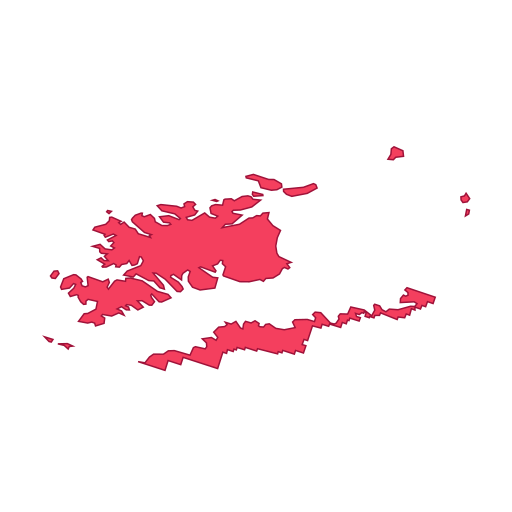 Kodiak Island, Alaska, United States of America (Equal Earth projection), rotated 198°
{"feature_id": "52423323B80008995120080", "entity_name": "Kodiak Island", "entity_type": "district", "adm_level": 2, "iso_a3": "USA", "parent_name": "United States of America", "parent_adm1": "Alaska", "projection": "equal_earth", "projection_center": [-153.82, 57.362], "detail": "fine", "context": "isolated", "style": "filled", "palette": "rose", "viewbox_px": 512, "rotation_deg": 198, "n_neighbors": 0, "source": "geoboundaries", "source_scale": "gbopen_adm2", "svg_char_len": 6154}
<svg xmlns="http://www.w3.org/2000/svg" viewBox="0 0 512 512"><g transform="rotate(198 256 256)"><path d="M221.6,253.5L220.3,255.4L224.3,258.2L220.6,260.8L234.0,262.5L237.0,265.1L240.3,271.6L241.4,280.0L240.6,287.9L249.4,290.1L256.6,294.7L257.1,301.3L262.7,298.9L264.2,295.5L267.9,294.6L270.9,291.2L274.4,289.9L281.5,281.1L296.9,272.5L295.0,276.7L288.7,279.2L281.8,290.6L291.0,289.5L292.6,290.8L291.7,292.5L285.1,294.9L275.1,301.4L268.9,310.6L276.4,309.0L279.0,310.8L282.3,310.7L287.6,308.3L293.7,301.8L297.1,302.8L303.0,300.5L303.9,299.6L303.5,294.0L310.4,292.4L313.7,290.0L314.7,287.6L311.9,282.6L304.7,282.1L306.3,279.4L312.2,278.6L318.1,281.1L327.9,270.1L332.3,269.3L334.3,271.2L327.0,276.1L325.3,280.7L328.2,280.5L331.3,283.2L329.4,286.4L332.2,287.9L338.0,286.5L340.6,283.3L339.1,280.9L342.1,278.5L346.8,278.8L362.4,275.5L365.5,273.3L359.5,269.9L346.3,271.0L339.5,268.3L340.4,266.8L351.4,267.4L359.9,263.5L354.4,259.6L348.4,260.8L346.8,259.8L349.6,257.6L354.9,255.9L362.4,257.4L364.2,260.4L369.3,262.8L374.4,258.8L377.0,259.1L377.3,261.6L378.5,261.3L383.4,257.5L385.2,253.8L385.6,252.1L384.1,250.3L369.3,243.9L362.1,244.0L363.7,242.5L362.0,241.0L374.8,240.8L379.2,244.3L385.5,244.1L391.9,247.5L394.5,244.2L396.9,245.3L395.0,247.3L405.2,248.4L407.1,247.5L406.4,244.2L408.7,239.7L418.2,233.6L419.1,230.4L406.3,230.0L406.9,228.8L405.1,227.3L398.5,232.8L395.4,232.3L402.3,225.3L400.5,224.2L397.2,226.0L395.3,224.8L397.3,220.6L393.1,219.9L395.0,217.3L401.7,216.1L407.9,218.9L414.4,214.7L407.1,214.9L405.9,211.7L403.9,210.8L398.1,212.1L400.1,208.8L395.1,205.9L399.1,204.7L402.8,206.4L405.8,203.4L397.3,201.5L399.2,198.6L398.5,198.0L394.9,199.3L389.0,204.9L386.2,204.2L386.1,202.4L382.5,203.2L381.2,206.4L376.6,208.9L375.3,212.5L371.0,208.7L368.6,210.0L366.5,212.0L366.6,219.4L364.8,219.6L361.6,216.6L362.6,211.2L373.8,201.9L376.0,197.0L366.2,198.1L364.5,202.0L350.4,199.5L345.5,200.7L337.6,196.1L332.9,196.2L335.0,199.6L348.6,208.0L345.7,208.8L335.2,205.9L320.1,197.9L316.8,198.7L315.1,202.1L316.9,204.1L321.8,207.2L330.7,209.4L330.9,211.1L328.8,213.1L319.4,210.2L320.6,214.4L320.1,217.0L316.7,221.6L313.8,221.0L314.0,215.2L312.5,211.1L306.7,206.7L298.7,206.4L285.2,212.8L285.6,223.4L290.6,222.4L306.7,227.2L305.3,228.6L289.8,228.0L289.5,229.5L294.3,233.2L290.1,236.6L288.7,240.9L286.2,241.4L285.6,238.3L281.6,236.4L281.6,227.8L280.7,227.0L263.4,226.6L254.5,229.4L245.1,234.9L241.1,234.2L239.7,237.7L233.0,240.4L228.1,246.2L227.0,252.2L225.4,253.9L221.6,253.5ZM102.6,272.5L103.9,269.7L100.2,268.2L99.3,265.7L101.2,264.0L103.7,264.4L105.4,260.2L104.4,256.3L91.4,261.3L88.1,260.4L89.5,257.0L93.4,256.0L104.3,248.8L112.8,246.7L115.2,243.1L119.6,243.9L123.0,246.8L128.2,246.8L128.8,245.4L126.3,241.2L127.5,234.9L136.4,238.1L150.1,236.8L150.9,229.1L158.0,227.0L159.1,224.1L157.6,221.7L159.1,216.7L160.6,215.5L164.5,215.2L176.9,222.1L182.4,220.9L184.0,217.8L180.2,215.7L180.1,211.7L187.6,211.5L199.3,207.4L200.8,204.5L196.6,200.0L206.3,194.6L214.8,193.3L222.4,195.6L225.7,193.9L226.8,190.8L230.4,189.9L232.1,190.4L232.2,192.8L236.9,194.1L240.0,190.8L245.8,190.6L246.8,187.4L246.0,182.6L248.5,182.7L254.9,187.6L258.6,183.6L264.7,183.5L262.3,181.7L264.0,179.2L269.5,176.8L272.7,170.5L267.2,166.8L267.9,163.5L273.2,164.7L281.5,160.6L276.3,158.1L274.8,154.5L275.6,152.0L285.6,151.0L287.2,149.5L288.1,141.3L304.4,140.8L310.1,138.7L313.7,134.0L323.1,131.0L326.1,127.0L328.6,120.1L335.5,119.1L307.2,119.1L307.3,129.4L294.0,129.4L294.0,137.1L257.7,137.1L257.8,154.3L253.9,154.3L254.2,158.1L248.2,158.1L248.2,160.6L245.7,160.6L245.7,163.2L237.9,163.3L237.9,165.8L226.0,165.8L225.9,168.3L205.2,169.6L205.3,171.9L201.4,171.9L201.4,174.5L189.2,174.5L189.2,178.4L180.9,178.4L180.8,186.1L184.7,186.0L184.6,191.5L180.8,191.5L180.7,207.0L172.0,207.5L172.0,211.5L165.2,211.6L165.0,214.0L153.4,214.2L153.4,219.5L149.2,219.4L149.2,223.3L147.6,223.3L147.6,225.9L137.8,226.0L137.7,229.6L141.7,229.5L143.6,232.2L139.7,232.2L137.8,234.9L135.8,234.8L135.9,236.3L133.7,236.4L133.6,232.3L129.2,232.3L129.2,233.6L124.7,233.6L124.6,236.2L120.2,237.7L120.0,240.4L102.1,239.2L102.0,241.9L95.5,243.2L95.2,247.3L91.6,247.2L91.9,253.9L88.1,253.7L89.1,256.5L83.2,256.4L82.9,260.3L79.0,260.2L78.8,265.6L72.9,265.5L72.8,272.2L102.6,272.5ZM323.9,190.0L327.8,192.3L338.8,191.9L356.5,197.2L368.7,196.2L372.9,194.5L372.3,191.6L380.8,190.3L382.7,188.4L386.1,178.9L388.0,180.4L387.3,185.5L389.4,188.3L393.8,184.1L409.4,184.5L410.0,183.6L406.5,175.9L408.7,173.9L412.2,173.9L414.5,176.7L413.1,178.2L415.2,180.1L421.4,182.4L423.7,181.9L431.8,175.0L432.3,166.1L430.6,164.2L423.5,167.9L421.0,173.4L418.7,173.3L419.3,169.1L422.9,162.7L420.1,160.1L414.6,163.8L412.8,163.6L412.5,161.9L408.6,158.3L405.0,156.7L402.9,157.7L403.8,160.5L402.3,162.9L392.7,163.8L391.8,156.0L398.2,149.4L401.6,148.0L404.6,139.0L395.4,140.2L391.8,142.4L388.7,142.3L387.0,139.9L379.7,145.0L380.7,150.2L384.6,151.2L383.9,153.0L374.7,154.3L368.9,159.5L363.2,158.9L366.9,162.2L371.8,162.7L368.3,166.2L362.8,164.7L359.7,165.6L361.5,168.1L364.7,168.3L364.1,169.8L359.4,170.6L351.7,168.2L347.4,172.5L355.0,176.7L350.5,178.3L342.4,176.3L339.9,177.0L338.4,181.2L342.6,184.3L344.0,186.2L343.4,187.7L334.0,182.5L331.5,183.1L323.9,190.0ZM252.7,329.5L254.1,332.5L262.5,334.3L267.7,332.7L283.7,332.8L290.2,328.6L289.4,327.3L277.0,328.2L272.4,322.5L261.7,323.3L256.6,325.5L252.7,329.5ZM218.9,339.5L221.2,342.3L223.7,342.6L232.1,336.0L250.5,328.0L249.7,325.9L246.1,324.1L240.4,323.8L226.6,331.4L218.9,339.5ZM146.5,396.4L148.8,401.5L158.5,402.5L160.4,399.8L159.1,394.3L160.4,388.8L155.1,390.0L153.6,393.1L146.5,396.4ZM70.5,376.6L75.6,380.6L76.3,377.6L79.4,375.6L78.3,372.7L75.7,370.8L71.8,372.8L70.5,376.6ZM439.9,172.6L437.9,178.4L440.1,180.6L443.4,179.2L445.3,173.5L443.3,172.0L439.9,172.6ZM402.4,113.7L408.3,114.4L417.3,111.2L410.8,111.7L405.9,109.5L405.6,112.2L402.4,113.7ZM268.1,315.6L268.6,316.6L278.9,315.9L278.5,313.5L276.7,312.1L268.1,315.6ZM424.1,110.9L423.3,113.9L432.1,113.8L426.4,110.7L424.1,110.9ZM66.7,361.7L67.2,365.5L70.0,365.4L69.2,358.8L66.7,361.7ZM408.9,250.9L407.3,253.8L411.2,253.4L411.7,251.9L408.9,250.9ZM309.2,296.7L312.4,297.1L314.7,295.5L310.3,295.7L309.2,296.7Z" fill="#f43f5e" stroke="#9f1239" stroke-width="1.5"/></g></svg>